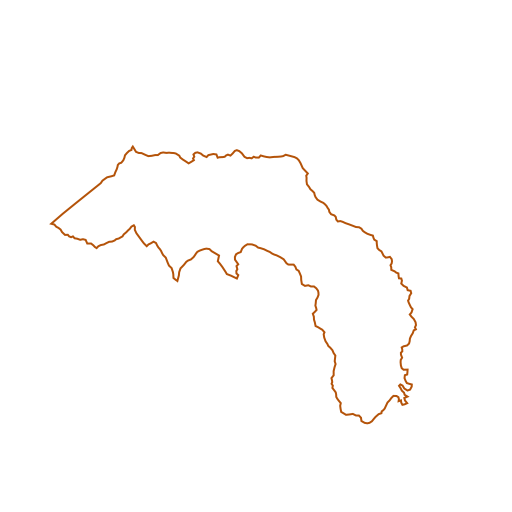 the district of Guararapes, São Paulo, Brazil, rotated 295°
{"feature_id": "56859067B37687958738516", "entity_name": "Guararapes", "entity_type": "district", "adm_level": 2, "iso_a3": "BRA", "parent_name": "Brazil", "parent_adm1": "São Paulo", "projection": "albers", "projection_center": [-50.711, -21.275], "detail": "fine", "context": "isolated", "style": "outline", "palette": "amber", "viewbox_px": 512, "rotation_deg": 295, "n_neighbors": 0, "source": "geoboundaries", "source_scale": "gbopen_adm2", "svg_char_len": 5380}
<svg xmlns="http://www.w3.org/2000/svg" viewBox="0 0 512 512"><g transform="rotate(295 256 256)"><path d="M198.7,56.8L199.3,60.0L198.1,62.6L198.0,65.0L197.4,67.7L195.7,70.1L194.4,74.0L195.7,76.5L194.8,78.3L194.9,80.5L196.4,81.8L195.4,84.1L196.1,86.6L196.4,89.8L198.1,92.1L198.6,94.8L197.3,96.3L196.0,97.8L197.6,101.3L196.9,104.2L196.1,106.1L195.8,108.2L198.2,109.0L200.3,110.7L202.2,113.3L204.5,115.0L206.8,116.9L208.3,119.5L210.3,121.3L212.2,122.2L213.8,124.2L215.4,125.3L217.3,126.7L219.7,127.0L222.7,128.4L225.4,129.3L227.2,130.1L230.0,130.7L232.2,132.3L231.1,134.0L228.5,135.1L226.1,138.0L221.4,146.5L220.1,149.0L218.7,152.8L221.1,153.7L222.9,155.2L225.7,157.1L225.5,159.9L223.9,161.8L222.5,163.9L221.6,166.0L220.5,167.8L218.8,169.8L217.6,171.5L216.4,174.9L212.7,178.7L210.5,181.2L209.4,184.6L208.0,185.9L206.3,187.5L204.6,188.7L201.2,190.5L200.5,193.2L200.1,195.3L205.8,194.3L208.9,193.2L211.0,193.0L212.9,192.8L215.1,193.6L217.5,194.4L221.3,195.3L223.1,196.3L225.4,198.5L228.7,199.9L230.8,200.3L233.0,200.6L235.0,201.1L237.0,202.6L238.9,204.5L240.4,206.1L241.7,207.9L242.6,210.9L241.6,213.8L240.8,222.3L237.7,223.0L235.1,223.6L233.8,226.5L231.8,230.2L228.7,235.2L227.3,237.2L227.6,241.6L227.5,248.2L231.2,248.0L231.9,245.7L234.1,244.5L236.1,244.7L238.6,242.6L241.0,243.4L243.8,238.5L246.2,237.3L249.1,237.2L251.1,238.5L253.1,240.5L256.6,240.3L258.5,240.8L260.6,241.7L263.0,243.3L264.8,247.4L265.2,251.4L264.5,254.4L265.0,256.6L265.5,260.5L265.4,263.9L265.5,266.8L265.0,269.7L265.0,272.0L265.3,274.3L265.2,278.5L264.7,282.5L262.3,286.7L261.9,288.9L264.1,293.8L262.9,296.2L260.9,298.3L260.6,300.9L258.9,302.9L256.5,305.5L253.4,307.1L250.0,309.4L249.6,313.0L251.6,315.8L251.6,318.6L252.9,321.4L252.2,324.3L250.8,326.8L249.3,328.0L247.2,329.1L244.3,329.3L241.4,329.0L238.4,330.1L236.1,330.8L234.3,332.5L232.7,333.7L230.2,332.9L227.7,331.9L225.4,334.1L222.9,335.4L220.8,337.3L217.7,339.6L217.7,342.4L217.4,344.8L217.2,347.2L215.8,350.3L213.7,350.4L210.9,352.3L208.1,355.1L206.5,357.8L205.0,359.6L204.3,362.0L202.9,365.1L200.9,367.3L199.3,370.0L193.9,371.8L191.7,373.8L188.4,374.2L184.5,375.0L180.7,376.8L177.2,376.0L175.6,377.3L173.9,378.4L172.1,378.5L171.0,380.4L168.7,381.0L167.2,383.9L166.1,385.9L164.3,387.2L162.2,388.3L161.0,390.0L159.8,392.2L158.5,395.0L155.8,395.6L153.3,397.2L150.7,399.1L150.4,402.1L150.1,404.7L151.9,407.7L153.8,410.5L153.7,414.0L154.9,416.7L153.8,419.5L151.0,421.3L150.7,425.0L151.4,427.6L152.8,429.4L155.2,430.9L157.7,431.5L160.6,432.3L164.5,434.0L166.5,436.1L168.3,435.6L170.0,436.5L172.0,437.1L174.9,437.1L178.8,437.1L181.6,438.1L184.6,438.7L187.3,439.7L188.5,442.5L188.2,444.7L186.7,446.0L184.7,446.6L186.4,448.4L184.5,449.6L183.0,451.6L184.4,453.4L186.5,455.2L188.0,452.1L190.0,450.4L192.6,452.7L193.0,449.4L194.7,447.9L195.6,445.1L197.4,442.8L198.8,440.5L200.6,441.1L200.5,443.6L198.6,446.4L198.1,450.1L200.0,452.1L203.4,452.3L205.4,451.5L204.9,448.8L204.6,446.4L206.1,444.3L208.1,442.2L210.9,441.3L212.5,443.1L214.3,442.5L217.1,441.4L215.3,437.8L215.9,435.5L218.0,433.6L220.9,431.9L223.0,431.1L225.6,431.4L227.8,429.1L229.6,428.2L231.4,428.9L233.2,428.0L234.7,426.7L236.5,427.9L238.7,430.7L241.3,431.7L243.6,431.3L246.2,430.4L249.0,430.3L252.2,430.7L255.3,430.4L257.1,431.9L258.5,430.2L261.0,430.2L263.4,428.6L265.6,425.6L266.7,422.5L268.0,420.1L270.5,420.8L274.0,420.4L275.0,418.1L276.7,416.0L278.4,414.0L279.8,412.7L281.9,412.9L284.6,412.0L287.9,412.4L289.8,410.8L289.1,407.9L291.2,406.1L291.3,402.4L292.4,399.3L295.3,398.7L297.0,397.2L296.2,395.0L297.9,393.8L300.4,392.4L300.2,390.2L300.7,388.1L300.6,384.5L303.0,383.3L304.5,381.8L306.5,382.1L308.7,381.5L310.5,380.3L311.8,377.7L310.5,376.1L309.4,374.3L310.2,371.5L311.8,369.5L313.2,367.7L313.5,365.2L314.4,362.8L316.7,361.2L318.5,360.1L320.5,359.1L320.8,356.3L322.1,354.8L323.9,353.3L323.5,350.9L323.2,347.5L323.5,344.3L324.0,342.1L325.3,340.0L325.6,337.3L324.5,334.3L324.3,330.9L324.0,326.9L323.6,323.2L323.6,320.1L323.3,317.7L321.9,315.6L322.9,313.4L325.1,311.8L325.9,309.9L325.6,306.4L327.0,303.8L328.8,302.5L329.8,300.7L331.2,298.7L332.0,296.7L332.6,294.6L332.6,291.5L333.0,287.9L334.6,285.0L336.0,283.5L337.9,282.0L338.8,279.6L339.5,277.1L341.0,274.9L342.5,271.9L345.4,270.0L348.2,268.8L350.0,267.6L352.7,268.1L353.5,266.0L354.4,263.7L355.4,261.2L358.9,257.2L360.9,254.3L361.8,251.8L361.9,249.1L361.1,244.5L360.3,240.1L358.0,238.4L356.8,236.7L355.4,234.3L354.4,232.4L353.4,230.4L351.2,226.8L350.2,223.7L349.6,221.0L349.1,217.8L346.4,217.0L345.1,214.1L345.0,212.0L342.7,210.8L342.2,208.6L340.9,206.6L341.0,203.7L343.1,199.8L344.0,196.5L343.8,193.9L342.3,192.4L339.0,191.5L336.2,190.4L336.0,187.7L334.5,186.4L332.7,185.7L331.5,183.9L330.1,181.2L328.9,179.7L331.3,177.2L330.4,174.2L327.3,170.2L324.8,169.4L324.7,165.7L325.5,162.7L325.2,159.2L323.9,157.4L321.6,156.4L319.9,158.1L317.8,157.7L316.6,159.2L313.8,157.4L311.5,155.8L312.1,152.0L312.5,148.9L313.2,145.7L314.5,144.1L315.0,140.0L314.6,138.1L313.7,135.8L312.9,133.5L311.6,131.3L310.6,128.1L309.0,126.0L306.0,124.4L304.9,122.0L302.7,119.1L301.0,116.2L300.9,112.9L300.9,108.8L299.8,106.1L299.7,103.2L301.4,100.7L303.1,98.1L301.3,97.8L299.5,98.3L297.6,96.6L294.8,95.5L291.9,94.7L289.5,95.2L286.7,95.3L283.6,94.5L282.1,92.9L280.1,92.3L278.1,92.8L275.7,93.1L272.5,93.1L269.1,93.4L267.1,91.2L265.7,89.4L264.4,87.8L262.5,86.7L259.4,85.0L256.4,84.5L227.8,70.4L212.6,63.0L198.7,56.8Z" fill="none" stroke="#b45309" stroke-width="2"/></g></svg>